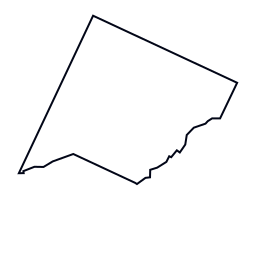 Van Zandt, Texas, United States of America, rotated 115°
{"feature_id": "52423323B97041282112733", "entity_name": "Van Zandt", "entity_type": "district", "adm_level": 2, "iso_a3": "USA", "parent_name": "United States of America", "parent_adm1": "Texas", "projection": "robinson", "projection_center": [-95.727, 32.597], "detail": "fine", "context": "isolated", "style": "outline", "palette": "ink", "viewbox_px": 256, "rotation_deg": 115, "n_neighbors": 0, "source": "geoboundaries", "source_scale": "gbopen_adm2", "svg_char_len": 475}
<svg xmlns="http://www.w3.org/2000/svg" viewBox="0 0 256 256"><g transform="rotate(115 128 128)"><path d="M41.0,207.1L215.1,207.8L213.0,203.5L211.3,204.6L202.7,196.4L199.0,188.1L190.1,182.1L174.7,166.6L174.7,98.2L175.0,96.2L165.8,91.1L163.4,87.2L156.5,90.2L151.6,84.8L142.5,78.9L136.2,78.7L136.2,76.5L127.6,74.3L128.3,70.7L118.8,69.1L109.5,71.8L99.9,68.5L91.3,59.6L88.1,58.6L83.7,55.8L80.4,48.6L40.9,48.2L41.0,207.1Z" fill="none" stroke="#020617" stroke-width="2"/></g></svg>